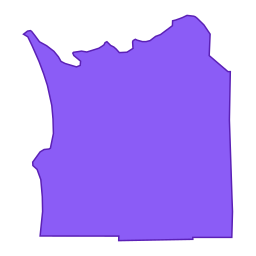 Clatsop, Oregon, United States of America (Albers equal-area conic projection)
{"feature_id": "52423323B41854352046463", "entity_name": "Clatsop", "entity_type": "district", "adm_level": 2, "iso_a3": "USA", "parent_name": "United States of America", "parent_adm1": "Oregon", "projection": "albers", "projection_center": [-123.747, 46.022], "detail": "fine", "context": "isolated", "style": "filled", "palette": "violet", "viewbox_px": 256, "rotation_deg": 0, "n_neighbors": 0, "source": "geoboundaries", "source_scale": "gbopen_adm2", "svg_char_len": 1017}
<svg xmlns="http://www.w3.org/2000/svg" viewBox="0 0 256 256"><path d="M231.8,237.4L232.5,211.6L232.0,198.3L229.4,119.9L230.3,71.6L227.9,71.6L209.2,55.6L210.1,34.1L203.9,24.9L197.2,18.3L195.3,16.8L193.8,16.2L187.0,15.4L182.4,17.6L179.2,18.8L175.5,20.1L172.6,20.8L172.4,25.7L160.5,34.6L155.6,36.4L150.1,40.6L146.1,41.6L142.4,41.6L137.2,40.2L135.3,39.3L133.1,40.6L132.6,42.0L133.0,48.4L127.0,52.2L119.3,52.6L116.2,49.1L113.8,47.0L110.6,45.4L106.9,41.7L105.1,42.6L104.0,44.8L102.4,46.0L98.9,48.2L95.5,49.3L86.8,52.0L81.5,51.1L73.5,52.3L72.8,53.1L73.8,55.5L80.6,61.2L80.2,65.4L76.5,66.9L65.1,63.5L61.0,61.4L58.4,56.8L53.9,51.3L46.6,45.7L39.5,41.8L34.6,35.2L31.7,31.5L30.5,30.6L27.5,31.1L23.5,34.2L27.8,36.8L32.1,45.7L39.1,61.6L43.7,73.9L47.4,85.4L51.8,105.5L53.0,119.0L53.4,133.6L50.4,148.2L49.0,149.0L44.1,149.5L40.1,151.9L32.7,162.1L32.9,165.6L37.1,169.4L40.8,179.6L42.3,196.7L42.6,211.6L40.1,236.0L118.8,236.1L118.7,240.6L192.8,239.3L192.8,237.4L231.8,237.4Z" fill="#8b5cf6" stroke="#5b21b6" stroke-width="1.5"/></svg>